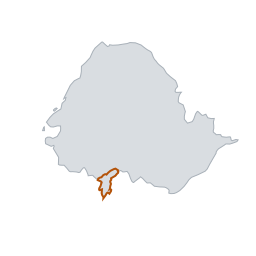 Svay Rieng on a map of Cambodia (Robinson projection), rotated 50°
{"feature_id": "KHM-1801", "entity_name": "Svay Rieng", "entity_type": "Province", "adm_level": 1, "iso_a3": "KHM", "parent_name": "Cambodia", "parent_adm1": "", "projection": "robinson", "projection_center": [105.82, 11.175], "detail": "coarse", "context": "in_parent", "style": "outline", "palette": "amber", "viewbox_px": 256, "rotation_deg": 50, "n_neighbors": 0, "source": "natural_earth", "source_scale": "10m", "svg_char_len": 3312}
<svg xmlns="http://www.w3.org/2000/svg" viewBox="0 0 256 256"><g transform="rotate(50 128 128)"><path d="M207.9,51.3L208.4,53.3L207.1,57.0L205.7,60.4L203.1,63.3L203.0,65.5L202.1,72.0L202.4,74.0L203.0,75.8L203.9,76.7L206.2,83.1L208.3,88.8L210.3,93.6L210.7,96.6L208.8,104.2L206.6,111.1L206.8,114.6L207.8,118.1L208.8,122.7L209.2,128.6L208.6,132.5L207.7,134.9L205.8,137.4L204.1,138.6L202.1,136.5L200.6,136.5L198.4,137.1L196.8,138.0L193.4,141.7L189.6,145.2L184.4,146.1L182.4,148.7L180.2,149.0L176.1,149.2L173.4,149.8L173.6,151.1L173.3,157.3L173.4,158.7L173.0,159.1L171.1,159.3L168.0,158.4L163.7,156.8L160.7,156.6L159.1,159.3L158.2,160.3L157.0,160.5L155.8,161.0L155.4,162.2L155.3,163.7L155.9,166.3L156.1,170.4L156.0,173.1L157.1,174.9L163.6,180.8L165.5,182.3L165.7,183.2L164.6,186.4L165.6,191.0L163.6,190.9L160.2,189.0L158.5,187.8L156.6,188.7L155.9,188.5L154.5,186.3L152.8,184.0L151.0,183.9L147.2,184.8L143.3,185.4L141.8,185.4L141.2,185.8L139.0,189.2L138.0,188.6L134.1,187.3L130.5,186.8L129.8,187.7L130.2,190.5L131.0,193.2L130.5,194.3L128.6,195.7L126.0,198.3L124.4,200.3L123.3,200.8L119.3,200.7L115.4,200.9L113.8,202.8L112.3,204.3L111.1,204.7L105.9,200.0L95.7,198.4L94.6,196.4L93.6,196.0L92.7,198.6L87.1,201.2L84.7,199.7L83.0,197.8L83.3,195.5L84.9,193.6L87.7,192.3L89.0,187.6L86.9,181.6L85.0,179.8L83.1,178.4L81.0,180.7L79.3,184.5L77.4,186.5L74.9,186.9L71.1,186.7L69.7,181.0L69.2,176.1L69.8,170.5L70.3,167.2L66.7,162.6L66.5,158.3L64.8,156.0L64.3,157.2L64.3,158.4L63.8,157.5L58.2,144.7L57.3,138.8L58.3,134.2L58.8,132.7L57.2,130.3L54.9,127.6L50.8,124.0L50.6,118.3L49.7,111.7L48.5,109.4L46.6,105.3L45.6,101.9L45.3,92.9L45.8,92.2L48.7,91.9L52.4,91.3L53.0,89.8L52.4,88.6L54.7,86.6L58.1,82.1L60.8,77.5L62.7,74.5L63.8,71.6L67.6,67.5L72.9,64.6L76.5,63.9L80.2,63.0L83.8,61.6L85.4,61.5L89.9,63.1L92.3,63.6L94.8,63.5L97.4,63.7L99.6,63.5L105.1,62.4L110.8,63.3L115.9,62.6L122.3,61.2L125.4,62.1L128.2,63.4L128.6,66.2L129.3,67.4L130.2,68.4L131.5,68.4L133.1,66.5L134.5,64.5L134.9,64.1L135.0,65.1L135.7,67.2L136.9,69.3L138.1,70.7L140.1,72.6L141.5,72.7L145.8,70.9L152.3,73.5L153.1,74.7L155.2,77.3L157.5,79.2L162.5,79.3L164.4,74.7L163.5,72.0L160.6,67.1L159.8,64.2L160.7,63.7L165.6,63.2L166.4,62.6L167.5,59.5L168.8,59.8L171.5,60.3L174.4,58.1L176.1,55.8L177.0,56.9L178.1,58.5L179.2,59.4L181.2,60.7L183.5,62.6L184.9,64.5L186.1,65.3L189.0,64.7L189.8,64.8L191.5,62.5L192.7,61.3L193.7,61.6L195.1,61.6L198.2,58.7L199.9,56.1L200.8,55.3L203.6,56.7L204.7,56.4L206.2,52.7L207.9,51.3ZM67.8,173.5L67.2,173.8L66.7,173.8L66.2,173.3L66.2,171.2L66.6,170.0L67.5,169.7L67.8,173.5ZM76.3,193.7L75.1,195.1L73.3,192.2L73.3,191.4L76.3,193.7Z" fill="#d9dde1" stroke="#a8b0b8" stroke-width="1"/><path d="M154.0,162.8L154.3,163.4L155.5,163.8L156.0,164.5L156.0,165.9L156.5,168.4L155.6,173.3L156.9,174.1L157.3,175.8L158.0,176.4L159.7,176.9L160.1,177.3L160.9,178.7L162.9,180.9L163.2,181.6L163.5,180.9L164.0,180.6L164.6,180.6L165.5,181.7L166.4,184.5L164.6,184.8L164.3,185.2L164.3,186.3L165.2,188.6L166.0,192.0L165.3,191.3L162.7,190.9L161.0,190.1L158.3,187.4L157.6,189.4L157.3,189.8L156.7,189.8L155.7,188.8L154.9,186.5L152.7,183.1L151.9,183.0L151.0,183.3L148.5,184.7L147.6,183.3L148.0,181.3L148.7,180.0L148.2,177.3L148.6,175.4L149.2,174.6L149.9,174.4L149.5,171.9L149.5,169.1L150.4,165.2L151.1,163.7L154.0,162.8Z" fill="none" stroke="#b45309" stroke-width="2"/></g></svg>